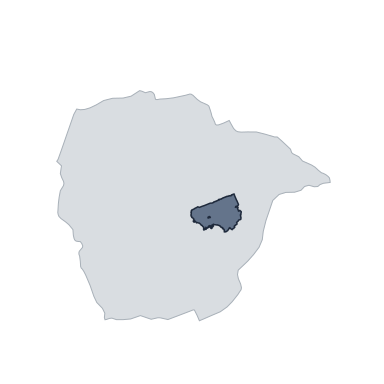 location of Gokwe South, Midlands, Zimbabwe, rotated 157°
{"feature_id": "62879985B62286453442238", "entity_name": "Gokwe South", "entity_type": "district", "adm_level": 2, "iso_a3": "ZWE", "parent_name": "Zimbabwe", "parent_adm1": "Midlands", "projection": "mercator", "projection_center": [28.824, -18.131], "detail": "fine", "context": "in_parent", "style": "filled", "palette": "slate", "viewbox_px": 384, "rotation_deg": 157, "n_neighbors": 0, "source": "geoboundaries", "source_scale": "gbopen_adm2", "svg_char_len": 7335}
<svg xmlns="http://www.w3.org/2000/svg" viewBox="0 0 384 384"><g transform="rotate(157 192 192)"><path d="M265.7,313.4L262.6,311.3L258.4,309.9L253.1,309.3L246.2,309.6L237.6,310.7L228.5,309.3L218.7,305.4L210.6,304.0L200.9,305.7L200.5,305.7L198.8,304.4L196.1,301.6L191.7,301.0L190.5,300.4L189.5,299.3L188.9,298.0L188.6,296.4L189.4,291.7L189.0,291.2L187.8,290.6L185.3,290.1L179.5,288.0L172.2,285.9L160.3,283.6L155.7,283.0L154.6,282.4L153.3,280.6L151.0,275.2L148.9,271.7L143.8,266.2L142.9,264.5L143.2,260.2L143.6,256.7L144.1,253.7L143.9,250.9L143.8,247.5L144.0,245.1L143.3,244.1L141.4,243.4L136.1,243.1L129.8,243.3L129.5,239.8L128.9,234.3L127.7,231.2L126.3,229.6L123.3,227.9L117.4,225.6L109.3,222.1L102.4,216.9L94.5,210.4L92.0,209.3L89.1,203.2L84.6,192.9L84.9,189.4L84.2,187.8L79.9,182.7L79.0,180.0L78.2,177.4L71.3,170.0L69.0,166.7L67.2,162.6L65.4,159.2L63.9,157.9L62.0,155.6L60.6,153.1L60.0,151.2L60.5,148.6L61.1,146.8L67.7,148.7L71.3,148.8L74.1,147.9L77.5,149.1L81.7,152.5L86.2,153.1L91.0,151.0L97.6,151.7L105.9,155.0L112.8,155.7L120.9,152.7L128.2,144.5L135.1,136.8L141.8,127.9L145.9,120.7L151.9,114.9L159.7,110.4L167.7,106.6L180.0,102.0L182.4,98.2L183.2,94.0L183.2,88.2L183.9,84.5L185.1,82.8L187.2,81.5L189.8,79.7L197.9,75.3L204.6,72.5L212.8,70.7L221.8,70.7L230.5,70.6L235.5,70.6L235.5,76.2L235.9,82.4L236.9,83.0L243.4,83.2L253.9,83.6L264.0,84.0L270.4,88.6L272.6,89.6L279.3,90.8L287.8,98.4L298.1,99.1L305.2,101.4L311.4,104.0L315.0,107.2L317.4,107.9L320.5,108.1L322.0,108.4L321.7,110.7L319.6,114.5L319.9,119.9L322.8,127.5L323.1,134.1L322.3,145.8L322.3,157.1L322.6,161.2L323.1,163.9L323.7,165.3L323.6,167.0L321.9,171.8L320.5,176.8L320.4,178.8L319.9,180.2L318.9,181.5L314.4,183.8L313.6,185.2L313.6,187.8L314.2,190.0L315.9,190.8L317.9,192.1L318.7,193.7L318.7,195.4L318.1,198.6L316.3,203.9L318.1,210.0L320.1,214.0L322.9,218.6L324.0,221.4L324.0,223.4L323.6,225.4L319.4,233.8L316.4,239.0L312.7,244.6L307.8,248.1L306.6,249.8L306.1,251.8L306.3,256.0L306.0,260.4L301.9,267.1L304.5,273.0L303.9,273.5L302.5,274.4L296.5,280.9L290.4,287.6L286.0,292.5L281.0,298.0L275.3,304.3L270.5,309.6L265.7,313.4Z" fill="#d9dde1" stroke="#a8b0b8" stroke-width="1"/><path d="M154.1,162.6L154.1,166.6L154.2,167.1L154.2,172.0L154.2,172.7L154.1,172.8L154.2,173.2L154.1,173.7L154.5,173.8L155.2,173.9L155.6,173.7L155.9,173.8L156.1,173.7L156.3,173.8L156.6,173.9L157.1,173.5L157.4,173.6L157.6,173.4L157.8,173.5L157.9,173.4L158.1,173.5L158.7,173.7L159.0,173.8L159.3,174.1L159.7,173.9L160.2,173.9L160.9,174.2L161.2,174.1L161.7,174.4L162.2,174.3L162.4,174.4L162.5,174.4L162.9,174.2L163.4,174.4L163.7,174.3L164.0,174.4L164.3,174.4L164.8,174.3L165.3,174.5L165.5,174.4L165.8,174.5L166.1,174.3L166.6,174.3L166.8,174.3L167.0,174.3L167.2,174.2L167.4,174.3L167.6,174.2L167.9,174.2L168.0,174.1L168.7,174.4L169.0,174.3L169.5,174.3L169.7,174.5L169.8,174.3L170.2,174.4L170.3,174.2L170.6,174.4L170.7,174.2L171.1,174.3L171.5,174.1L172.9,174.2L173.0,174.1L173.4,174.1L173.6,174.0L173.9,174.2L174.1,174.2L174.3,174.3L174.8,174.1L175.2,174.2L175.3,174.1L175.6,174.1L176.0,174.3L176.2,174.2L176.4,174.0L177.3,173.9L177.7,174.0L178.3,174.1L179.3,174.5L179.6,174.6L186.1,174.7L188.4,174.9L191.1,174.9L192.5,176.1L194.6,175.8L195.0,175.9L195.5,175.8L195.8,175.7L196.0,175.8L196.6,175.6L197.0,175.5L197.5,175.6L197.8,175.6L198.3,175.4L198.8,175.4L199.0,175.5L199.3,175.5L199.5,175.3L199.8,175.1L199.8,174.8L200.0,174.7L200.1,174.8L200.2,174.7L200.3,174.1L200.6,173.9L200.6,173.5L200.7,173.3L200.8,173.3L201.0,173.2L200.9,173.0L201.0,172.6L201.1,172.3L201.4,171.9L201.6,171.8L201.7,171.3L201.9,171.2L202.1,170.8L202.1,170.7L202.2,170.2L201.9,169.9L202.1,169.6L202.1,169.2L201.9,168.8L202.0,168.6L201.8,168.5L201.8,168.4L201.5,168.0L201.3,167.6L201.3,167.1L201.0,166.8L201.2,166.6L201.2,166.2L201.1,165.5L200.9,165.2L201.3,165.1L201.3,164.9L201.5,164.8L201.6,164.6L201.8,164.6L201.6,164.4L201.8,164.3L201.8,164.1L202.0,164.0L202.1,163.8L201.4,163.3L200.9,163.5L200.5,163.5L200.3,163.5L200.1,162.7L199.9,162.2L199.9,161.9L199.1,161.8L198.9,161.7L198.4,161.1L197.3,160.4L197.0,159.5L196.9,159.4L196.6,158.7L196.6,158.4L196.4,158.1L196.4,157.7L196.2,157.5L195.8,157.3L195.7,156.6L195.3,155.6L195.3,155.2L195.0,154.7L195.1,154.1L195.5,153.9L195.3,153.1L195.6,152.9L195.8,152.9L195.9,152.6L195.6,152.5L195.6,152.4L195.3,152.4L195.4,152.5L195.1,152.5L195.1,152.9L195.0,152.7L194.7,152.8L194.4,152.5L194.2,152.6L193.9,152.7L194.0,152.7L194.0,152.8L193.8,152.8L193.8,153.0L193.7,153.0L193.6,152.8L193.5,153.0L193.3,152.8L193.2,153.1L193.3,153.2L193.1,153.3L193.0,153.2L192.9,152.9L193.0,152.8L193.1,152.7L192.9,152.8L192.9,153.1L192.7,152.8L192.4,152.8L192.4,153.0L192.2,152.9L192.2,152.7L192.0,153.1L191.8,153.4L191.5,153.2L191.4,153.0L191.2,153.2L190.9,153.2L190.8,153.3L190.8,153.1L190.6,153.1L190.5,153.3L190.3,153.5L190.1,153.6L189.9,153.8L189.6,153.9L189.4,154.1L189.1,154.0L189.1,153.9L188.5,153.9L188.4,153.8L188.6,153.8L188.9,153.6L189.2,153.4L189.3,153.2L189.0,153.3L188.9,153.2L189.2,152.8L189.1,152.7L188.7,152.9L188.2,153.2L188.2,153.4L188.0,153.2L187.9,153.2L188.2,152.9L188.1,152.7L187.8,152.8L187.8,152.7L188.0,152.6L188.3,152.5L188.2,152.4L188.1,152.0L188.6,152.2L188.6,151.8L188.0,151.6L188.0,151.3L188.1,151.1L188.5,151.3L188.7,151.1L188.5,150.9L188.0,151.1L187.9,150.9L187.5,151.1L187.4,151.5L187.5,151.7L187.3,151.7L187.3,151.9L187.0,152.0L187.2,152.3L187.0,152.5L186.9,152.7L186.9,152.4L186.7,152.3L186.7,152.6L186.4,152.6L186.5,152.7L186.4,152.6L186.4,153.0L186.2,152.8L186.1,153.0L186.0,152.9L186.1,152.6L185.9,152.5L185.8,152.9L185.6,152.9L185.6,153.0L185.9,153.0L185.7,153.4L185.7,153.6L185.3,153.5L185.2,153.7L185.2,153.9L185.0,154.0L184.8,153.9L184.5,153.5L184.0,153.1L183.2,152.7L182.6,152.3L182.5,152.2L182.4,152.1L181.9,152.0L181.6,151.8L181.4,151.8L181.2,151.7L181.0,151.4L181.0,151.2L180.9,151.0L180.2,150.7L179.8,150.3L179.7,150.0L179.4,149.8L179.3,149.5L179.4,149.3L179.2,149.1L179.3,149.0L179.2,148.7L178.9,147.9L178.7,147.7L178.2,147.7L177.9,147.2L177.7,146.8L177.9,146.7L178.1,146.2L177.8,145.9L177.7,145.9L177.5,145.7L177.3,145.5L177.2,145.0L177.3,144.8L177.2,144.6L177.3,144.5L177.2,144.1L177.6,143.3L177.7,143.0L177.4,143.0L177.5,142.5L177.4,142.4L176.7,142.3L176.4,142.1L174.2,142.5L173.4,143.1L172.7,143.5L172.3,143.8L172.0,144.2L171.1,144.4L171.0,144.2L171.0,143.9L171.2,143.6L170.9,143.5L170.8,143.3L170.5,142.7L169.8,141.7L168.9,142.2L167.9,142.1L167.6,142.4L166.9,142.7L166.4,142.9L166.4,143.3L166.5,143.9L166.3,144.1L166.2,144.1L165.7,144.2L165.6,144.4L164.8,144.4L164.5,144.7L163.4,144.7L163.0,145.2L162.8,145.9L162.8,146.6L162.6,146.7L162.1,146.8L161.6,147.0L160.8,147.2L160.5,147.5L160.3,147.8L160.1,147.9L159.7,147.9L159.4,147.8L158.9,147.9L158.7,147.8L158.4,147.7L157.8,147.8L157.4,148.3L157.1,149.1L156.9,149.3L156.9,149.5L156.9,150.3L156.6,150.6L156.5,151.0L156.4,151.6L156.5,151.9L155.8,152.1L155.6,152.8L154.9,153.6L154.6,154.2L154.4,154.8L154.8,155.6L155.0,155.9L155.2,156.4L155.4,156.4L155.9,156.1L156.6,156.3L156.5,156.7L156.5,157.5L156.6,157.9L156.5,158.1L156.5,159.1L155.8,159.5L155.7,159.9L156.0,160.2L155.9,160.6L157.6,160.8L157.9,161.0L157.5,161.5L157.2,161.6L156.2,161.4L155.1,161.5L154.2,162.1L154.1,162.6ZM185.2,162.3L185.2,161.4L185.5,161.4L186.1,161.7L186.9,161.7L186.8,161.9L187.1,161.9L187.3,162.1L187.0,162.5L186.7,162.4L186.1,162.7L185.8,162.7L185.5,162.6L185.2,162.3Z" fill="#64748b" stroke="#1e293b" stroke-width="1.5"/></g></svg>